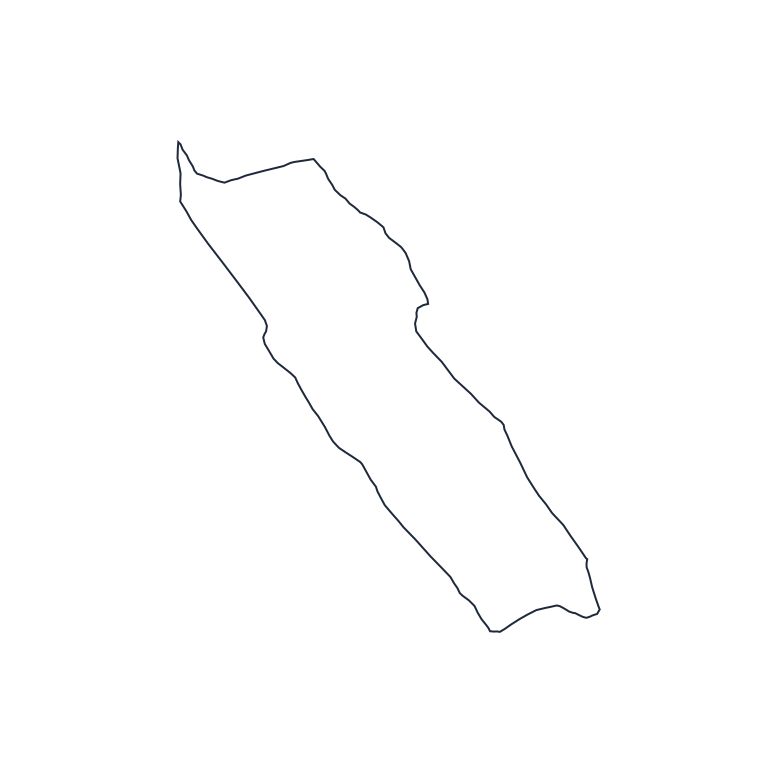 outline of Jokkmokk, Norrbotten, Sweden, rotated 212°
{"feature_id": "70781695B36834641182296", "entity_name": "Jokkmokk", "entity_type": "district", "adm_level": 2, "iso_a3": "SWE", "parent_name": "Sweden", "parent_adm1": "Norrbotten", "projection": "robinson", "projection_center": [18.54, 66.923], "detail": "fine", "context": "isolated", "style": "outline", "palette": "slate", "viewbox_px": 768, "rotation_deg": 212, "n_neighbors": 0, "source": "geoboundaries", "source_scale": "gbopen_adm2", "svg_char_len": 2363}
<svg xmlns="http://www.w3.org/2000/svg" viewBox="0 0 768 768"><g transform="rotate(212 384 384)"><path d="M424.9,498.4L427.7,501.4L435.0,506.5L439.5,508.3L442.2,509.2L448.8,509.9L457.1,510.6L462.6,512.6L467.5,516.6L475.8,517.7L484.1,518.1L489.2,518.1L495.1,516.8L498.6,517.7L503.1,518.4L508.9,518.8L514.8,520.8L521.0,521.0L528.7,522.6L533.2,525.3L540.1,528.4L544.7,531.7L547.5,533.3L553.0,534.4L562.9,537.5L568.1,532.9L577.9,524.6L580.5,521.9L584.7,515.6L598.1,501.9L611.6,487.6L616.7,480.7L621.5,476.0L626.0,470.2L632.6,468.1L638.4,467.0L643.8,465.5L647.8,464.9L654.1,463.3L657.9,464.6L661.4,467.2L668.1,470.5L672.3,473.4L679.0,476.0L683.5,479.4L686.6,480.1L683.7,474.6L678.7,466.0L668.2,454.9L662.8,445.5L656.4,436.6L653.6,430.8L643.2,425.8L634.2,420.8L624.8,416.8L607.9,409.9L582.4,400.4L560.4,392.0L543.9,385.6L527.7,378.8L518.8,375.0L514.0,371.1L511.9,366.1L511.8,363.1L511.1,359.5L506.3,354.8L499.8,351.5L491.2,347.0L485.0,345.4L477.9,344.7L469.0,343.7L462.8,342.5L458.0,339.3L451.2,335.4L443.7,331.4L437.9,328.5L431.1,324.8L422.9,321.9L411.3,316.2L403.0,311.3L396.9,308.3L391.9,306.9L388.3,306.0L380.7,305.7L372.7,305.6L362.6,305.2L359.8,304.3L354.8,301.5L344.6,295.8L336.4,292.6L332.7,289.5L325.6,285.3L319.2,281.7L312.4,279.5L305.3,277.3L299.5,275.6L291.4,272.8L275.1,268.8L253.4,262.5L242.4,259.8L238.3,258.8L232.3,257.3L225.3,255.5L218.9,252.1L213.7,249.9L209.0,246.9L205.3,246.1L197.3,245.5L189.5,243.7L183.5,239.8L176.6,236.2L169.7,233.8L166.3,232.5L163.0,230.5L162.4,230.9L159.9,232.1L157.1,234.0L154.4,235.2L151.8,240.3L148.7,247.6L144.5,256.4L140.4,264.0L135.0,273.0L128.4,279.7L124.9,283.0L122.3,285.6L120.0,287.8L117.0,288.8L112.0,289.1L106.7,289.1L102.7,290.0L100.4,291.0L96.9,291.3L92.4,291.8L89.7,292.5L88.1,293.3L85.8,296.2L84.5,298.3L81.4,302.0L81.6,307.1L84.3,309.1L91.5,314.9L99.8,322.0L106.2,328.4L110.9,332.7L115.1,336.0L117.3,339.4L118.8,343.1L120.4,343.3L133.0,348.9L145.5,354.1L157.4,359.5L173.0,363.6L182.5,367.7L193.1,371.3L200.2,374.5L213.1,380.7L226.4,389.2L242.7,398.8L252.2,405.7L257.7,409.2L260.8,412.7L264.5,414.1L273.1,414.5L279.9,416.6L293.6,418.5L304.9,421.7L327.2,425.8L346.8,433.4L358.8,436.4L367.0,438.7L376.3,442.5L384.5,445.7L389.7,451.7L391.8,458.3L394.2,461.5L395.6,466.2L392.5,471.7L389.0,475.3L392.1,478.9L398.0,482.9L406.3,486.8L422.2,495.5L424.9,498.4Z" fill="none" stroke="#1e293b" stroke-width="2"/></g></svg>